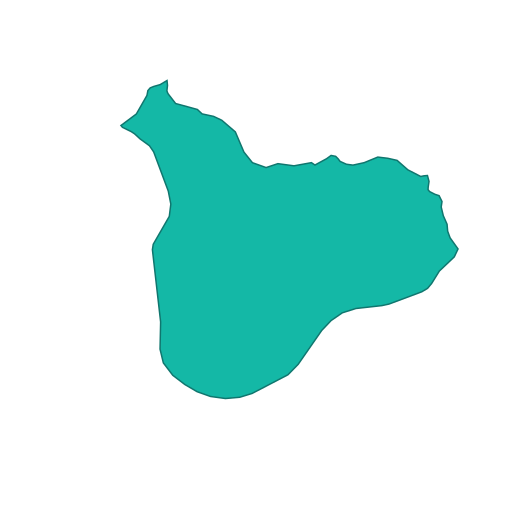 SVG path tracing the border of Taranaki, rotated 296°
{"feature_id": "NZL-3405", "entity_name": "Taranaki", "entity_type": "Regional Council", "adm_level": 1, "iso_a3": "NZL", "parent_name": "New Zealand", "parent_adm1": "", "projection": "albers", "projection_center": [174.624, -39.283], "detail": "fine", "context": "isolated", "style": "filled", "palette": "teal", "viewbox_px": 512, "rotation_deg": 296, "n_neighbors": 0, "source": "natural_earth", "source_scale": "10m", "svg_char_len": 1228}
<svg xmlns="http://www.w3.org/2000/svg" viewBox="0 0 512 512"><g transform="rotate(296 256 256)"><path d="M350.9,434.5L342.1,434.6L322.9,427.4L308.3,425.9L302.2,424.4L296.5,420.7L271.1,396.6L266.6,390.9L252.6,368.8L242.8,358.5L230.9,351.8L217.9,347.7L177.2,341.4L163.3,336.8L130.7,312.7L121.9,303.3L114.5,291.0L109.8,276.7L108.2,262.5L109.3,248.3L112.3,233.5L119.3,219.6L130.2,210.6L154.9,199.2L216.3,160.1L221.5,158.5L253.6,160.7L265.3,156.7L275.9,148.7L304.7,118.4L308.4,111.9L310.4,100.6L312.6,93.2L313.1,89.2L313.1,79.6L314.1,77.4L331.2,86.2L352.5,87.6L357.3,86.3L360.7,87.2L363.6,89.8L368.0,94.7L374.7,99.1L370.5,101.7L365.4,103.5L364.1,104.8L363.2,106.0L357.8,116.9L360.1,128.9L362.0,139.1L360.1,145.3L362.9,156.7L363.0,165.7L358.5,183.0L344.1,199.6L338.3,211.9L339.9,226.3L348.6,235.2L353.7,250.6L364.2,264.9L363.6,269.1L374.4,276.8L379.3,279.4L380.5,283.9L379.4,287.1L377.9,290.1L378.1,297.0L380.2,303.3L387.3,312.3L398.3,322.1L401.6,331.6L403.8,340.9L400.0,354.8L399.7,369.2L401.7,371.8L403.5,374.8L398.9,378.8L393.6,380.5L391.1,381.5L390.0,383.8L389.9,389.8L390.5,394.1L386.5,399.3L381.2,401.0L374.3,406.7L368.3,413.8L362.3,417.4L357.4,422.5L350.9,434.5Z" fill="#14b8a6" stroke="#0f766e" stroke-width="1.5"/></g></svg>